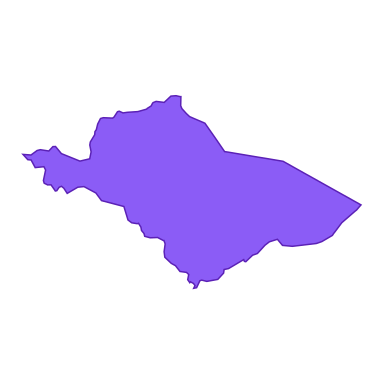 Chitungwiza, Harare, Zimbabwe (Albers equal-area conic projection)
{"feature_id": "62879985B31454704835515", "entity_name": "Chitungwiza", "entity_type": "district", "adm_level": 2, "iso_a3": "ZWE", "parent_name": "Zimbabwe", "parent_adm1": "Harare", "projection": "albers", "projection_center": [31.05, -18.015], "detail": "fine", "context": "isolated", "style": "filled", "palette": "violet", "viewbox_px": 384, "rotation_deg": 0, "n_neighbors": 0, "source": "geoboundaries", "source_scale": "gbopen_adm2", "svg_char_len": 1711}
<svg xmlns="http://www.w3.org/2000/svg" viewBox="0 0 384 384"><path d="M37.1,150.5L31.0,155.0L23.0,154.4L27.8,159.7L31.1,160.0L35.2,167.6L43.9,166.7L45.6,170.0L43.4,180.6L44.2,183.2L47.6,184.9L51.0,184.8L54.6,189.9L55.3,191.0L56.8,190.7L59.1,187.3L61.5,186.3L63.8,188.2L67.2,193.4L77.8,187.2L84.0,186.6L95.9,193.0L101.5,200.6L123.9,206.5L128.0,220.0L131.7,222.8L137.2,223.7L138.5,223.3L140.9,227.1L141.5,230.5L144.0,233.5L144.7,236.3L150.2,237.8L157.6,237.5L163.7,240.7L164.0,240.6L165.0,243.5L165.1,244.2L164.1,251.7L164.8,257.2L171.3,263.4L175.5,265.7L180.0,271.5L181.6,271.7L186.5,272.4L188.7,274.5L187.7,279.7L189.8,282.7L190.4,281.8L193.4,283.4L195.0,285.5L193.7,288.3L196.6,287.7L199.9,280.7L201.7,280.1L206.8,281.4L217.8,279.4L223.6,273.1L224.1,269.5L228.5,268.6L242.7,260.2L243.7,259.6L244.4,261.4L245.8,261.7L252.6,255.2L257.4,253.5L265.0,245.2L269.4,241.8L269.7,241.7L277.4,239.3L282.5,245.4L292.4,246.3L316.3,243.5L317.8,243.0L321.8,241.6L332.4,235.4L333.1,234.3L333.7,233.4L334.6,232.3L341.8,222.7L355.3,211.0L356.6,210.0L358.7,207.5L361.0,204.9L303.4,172.7L283.1,161.3L265.9,158.4L258.4,157.2L228.0,152.1L224.6,151.6L214.5,136.9L204.9,123.2L193.7,118.4L189.6,116.6L186.3,113.5L181.9,108.6L180.7,105.7L180.9,96.6L180.1,96.6L176.0,95.7L170.9,96.1L164.2,102.4L156.1,101.4L153.1,102.6L152.5,103.3L151.9,104.5L151.2,105.9L148.7,107.5L147.2,108.4L146.7,109.1L145.3,109.5L137.9,111.6L127.3,112.3L123.0,112.9L119.2,111.2L117.5,111.7L114.0,117.1L112.6,118.1L103.3,117.7L100.5,118.5L97.7,124.0L96.3,129.7L95.0,131.5L94.7,134.7L90.3,142.0L89.8,145.0L91.1,151.9L89.7,158.8L79.9,161.1L61.4,153.6L55.5,146.5L52.9,146.6L48.8,151.0L40.3,149.7L37.1,150.5Z" fill="#8b5cf6" stroke="#5b21b6" stroke-width="1.5"/></svg>